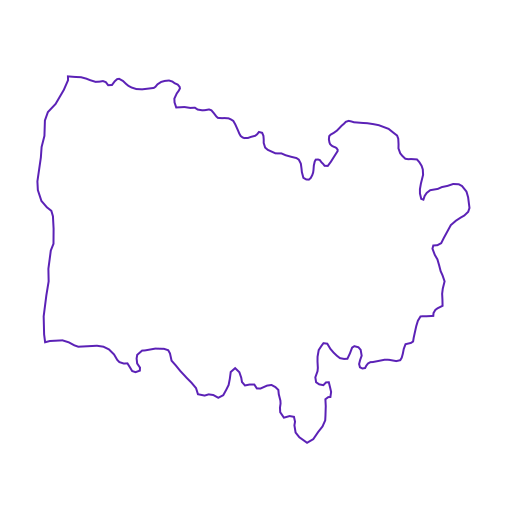 Ivanava, Brest, Belarus, rotated 87°
{"feature_id": "67162791B27498157405440", "entity_name": "Ivanava", "entity_type": "district", "adm_level": 2, "iso_a3": "BLR", "parent_name": "Belarus", "parent_adm1": "Brest", "projection": "equal_earth", "projection_center": [25.563, 52.191], "detail": "fine", "context": "isolated", "style": "outline", "palette": "violet", "viewbox_px": 512, "rotation_deg": 87, "n_neighbors": 0, "source": "geoboundaries", "source_scale": "gbopen_adm2", "svg_char_len": 4256}
<svg xmlns="http://www.w3.org/2000/svg" viewBox="0 0 512 512"><g transform="rotate(87 256 256)"><path d="M325.1,82.1L322.2,81.7L319.2,79.7L317.7,77.4L316.5,74.6L315.5,72.3L309.1,72.1L303.5,72.1L298.4,71.2L291.2,69.0L285.2,70.7L280.8,72.4L274.9,73.6L268.9,75.0L264.2,77.4L257.9,79.4L254.8,78.4L254.7,74.3L252.9,70.4L247.8,67.5L243.1,64.6L235.3,59.8L231.2,54.5L228.3,49.5L226.5,45.9L223.0,41.8L219.2,40.3L208.5,41.1L204.1,42.1L202.6,42.5L196.9,46.6L195.0,49.7L194.4,55.3L196.0,61.0L196.9,66.8L198.5,70.9L199.4,78.6L201.9,82.2L204.8,84.4L208.5,85.9L207.6,88.0L202.2,89.0L197.8,88.8L192.2,87.5L183.7,84.9L178.3,84.9L174.6,85.9L170.8,88.0L168.0,90.2L167.9,90.9L167.3,96.0L167.3,98.9L166.7,101.8L163.6,104.7L161.0,106.6L156.0,108.1L151.9,107.8L146.3,107.8L143.1,108.8L140.0,112.4L136.0,116.9L133.2,123.3L131.8,126.5L130.5,131.7L129.2,138.0L128.7,142.7L127.9,148.6L127.6,151.1L126.6,153.8L125.9,156.4L126.7,159.3L128.5,161.2L130.4,163.7L132.6,166.0L135.0,168.6L137.1,171.9L138.7,175.1L140.1,176.6L143.3,177.1L146.5,176.7L148.2,176.1L149.9,174.5L150.9,172.8L151.5,171.4L152.4,170.0L154.2,168.9L155.5,169.0L159.7,172.0L163.1,174.4L165.8,176.3L169.8,179.6L169.5,182.8L167.6,184.1L165.9,185.7L163.6,187.2L162.9,188.9L162.9,191.3L164.7,192.4L168.6,193.5L173.2,194.1L175.7,194.6L178.2,195.6L181.0,197.3L182.5,199.2L182.2,201.8L180.4,204.6L174.6,205.8L170.8,206.0L166.1,206.4L162.0,208.2L160.3,210.5L158.8,215.6L156.9,221.2L154.9,225.2L154.7,228.4L154.5,231.2L150.6,238.7L148.2,241.2L143.5,242.4L140.0,242.2L136.4,242.3L133.3,243.4L132.3,246.6L134.5,248.5L135.9,250.5L136.8,254.9L137.7,257.8L137.6,261.6L136.9,263.2L135.4,265.0L132.8,266.3L129.7,267.4L123.5,269.8L119.9,271.6L118.3,273.9L117.1,276.2L116.6,280.3L116.6,282.6L116.1,286.8L114.6,288.3L111.2,290.6L108.2,292.9L107.2,295.2L107.7,299.4L107.7,302.0L106.7,306.6L104.7,309.3L104.7,313.8L103.5,319.6L103.5,325.9L103.5,327.9L98.4,329.3L94.6,329.3L89.5,326.6L86.9,324.5L84.7,323.2L83.1,323.4L80.7,325.2L79.2,328.2L77.4,330.4L76.2,333.7L76.4,338.0L77.2,341.6L79.4,345.4L81.8,347.6L82.8,349.3L83.2,354.8L83.6,361.0L83.0,366.8L81.2,371.5L79.4,374.5L77.3,376.8L74.3,379.6L71.9,383.4L72.1,385.4L74.1,387.9L77.7,390.9L77.7,394.7L74.5,396.9L73.3,399.7L73.7,403.2L73.7,407.1L71.7,412.5L70.0,416.2L68.3,421.4L67.7,427.5L66.8,434.4L70.6,434.5L80.0,439.2L93.7,448.2L101.4,456.3L109.6,459.7L125.0,461.0L135.9,464.4L146.4,465.7L170.0,470.4L178.8,470.4L189.8,467.4L196.4,462.3L200.2,458.0L205.7,456.7L218.3,456.7L233.2,457.6L239.7,460.6L257.9,464.0L270.5,464.4L284.2,467.4L305.1,471.2L323.2,471.7L331.1,471.1L330.1,466.3L330.1,458.8L330.1,453.7L332.4,447.5L335.7,442.1L337.3,438.2L337.3,432.9L337.3,425.9L337.3,419.5L338.6,413.1L341.6,407.7L346.9,402.9L352.5,400.0L354.8,398.0L356.5,393.6L356.5,390.0L360.1,388.0L364.4,385.7L365.7,382.4L364.4,378.0L361.4,377.7L357.1,380.3L352.1,380.6L348.5,379.8L344.5,374.7L344.5,371.9L343.2,361.4L343.9,352.7L345.5,348.6L348.8,347.0L356.1,345.8L361.0,341.9L366.9,337.6L374.2,331.5L379.1,327.1L384.8,322.8L391.0,321.2L392.7,314.6L391.7,310.5L392.6,305.9L395.6,301.1L393.3,296.0L388.0,292.7L383.4,290.1L377.4,288.6L370.5,287.3L366.9,282.7L371.2,278.7L376.8,277.1L381.1,276.6L384.7,273.8L384.0,269.0L384.3,264.4L388.3,262.1L388.6,258.5L386.0,251.7L385.6,247.3L387.9,243.5L390.9,240.7L395.2,240.5L401.8,239.2L404.7,239.2L408.7,240.0L413.3,240.0L418.9,236.6L417.6,230.8L418.6,226.5L423.5,225.7L427.1,226.5L434.4,225.7L439.3,222.2L441.9,218.9L445.2,214.8L441.9,208.4L434.7,202.9L429.7,198.5L423.8,195.5L419.2,195.0L409.6,194.2L402.7,194.2L400.7,191.2L400.7,189.1L395.7,188.1L391.1,188.9L385.9,189.9L385.9,192.7L388.5,195.5L387.5,199.6L385.2,202.6L380.3,203.1L374.3,200.6L371.0,200.1L364.5,200.1L359.8,199.8L353.2,198.3L349.0,195.2L346.6,193.2L347.3,189.4L352.6,186.6L356.5,183.6L359.8,180.5L362.4,177.5L363.4,173.4L363.4,170.1L358.2,167.3L352.5,164.8L351.2,162.5L352.5,158.5L355.2,156.4L361.1,155.7L365.4,157.5L369.3,158.7L372.6,158.0L373.9,155.6L373.6,152.9L371.3,151.6L369.2,149.8L368.0,147.3L368.0,144.8L367.3,139.8L366.3,132.8L366.6,128.7L367.4,125.3L368.3,121.4L367.6,117.4L365.2,115.8L361.3,114.5L356.5,113.3L351.9,111.3L350.9,105.8L349.6,103.6L345.9,102.8L338.6,100.8L334.3,99.6L329.1,97.7L325.0,94.9L324.9,93.1L325.1,88.5L325.1,82.1Z" fill="none" stroke="#5b21b6" stroke-width="2"/></g></svg>